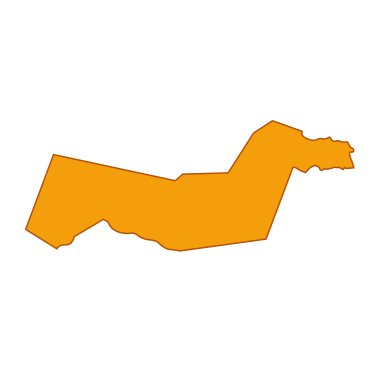 Dulce Nombre, Copán, Honduras, rotated 289°
{"feature_id": "27666195B52269528402042", "entity_name": "Dulce Nombre", "entity_type": "district", "adm_level": 2, "iso_a3": "HND", "parent_name": "Honduras", "parent_adm1": "Copán", "projection": "equal_earth", "projection_center": [-88.827, 14.864], "detail": "fine", "context": "isolated", "style": "filled", "palette": "amber", "viewbox_px": 384, "rotation_deg": 289, "n_neighbors": 0, "source": "geoboundaries", "source_scale": "gbopen_adm2", "svg_char_len": 5694}
<svg xmlns="http://www.w3.org/2000/svg" viewBox="0 0 384 384"><g transform="rotate(289 192 192)"><path d="M285.5,244.8L267.9,231.1L221.8,219.9L205.9,177.5L197.2,172.5L182.3,48.9L102.5,46.9L94.3,82.7L94.8,82.8L95.1,82.8L95.5,83.0L96.0,83.2L96.7,83.6L97.4,84.1L97.9,84.5L98.4,85.0L98.8,85.4L99.0,85.7L99.3,86.0L99.6,86.4L99.8,86.8L100.1,87.4L100.2,87.7L100.4,88.2L100.5,88.5L100.7,89.2L100.9,89.8L101.2,90.5L101.5,91.1L101.7,91.4L101.9,91.8L102.3,92.4L102.8,92.9L103.2,93.4L103.4,93.6L103.6,93.7L103.9,94.0L104.1,94.1L104.3,94.2L104.5,94.3L105.9,94.7L106.8,94.9L107.6,95.1L108.0,95.2L108.6,95.2L109.2,95.3L110.3,95.3L111.5,95.2L137.3,117.1L137.1,118.3L137.0,119.0L136.8,120.2L136.6,121.3L136.5,121.6L136.4,121.9L136.2,122.3L136.0,122.7L135.6,123.2L135.4,123.4L135.0,123.7L134.5,124.2L134.0,124.7L133.5,125.3L133.1,125.9L132.6,126.5L132.3,127.0L132.0,127.6L131.7,128.3L131.5,128.8L131.2,129.4L131.1,130.1L130.7,131.6L130.4,133.0L130.3,133.6L130.3,133.8L130.3,134.3L130.2,135.1L130.2,135.8L130.3,136.3L130.3,136.8L130.4,137.6L130.5,138.9L130.8,140.2L130.9,140.9L131.2,142.3L131.3,143.0L131.6,143.9L131.8,144.6L132.0,145.2L132.3,145.8L132.5,146.2L132.8,146.8L133.1,147.3L133.4,147.7L133.5,148.0L133.7,148.5L133.8,149.0L133.9,149.6L134.0,150.2L134.0,150.8L134.0,151.5L134.0,152.0L133.9,152.6L133.8,153.1L133.7,153.6L133.6,154.0L133.2,155.2L133.0,155.6L132.9,156.1L132.7,156.8L132.6,157.5L132.5,158.2L132.4,158.9L132.3,159.7L132.3,160.4L132.3,160.9L132.3,163.0L132.4,164.1L132.5,164.8L132.6,165.6L132.7,166.4L132.8,166.9L133.1,168.2L133.3,169.1L133.5,170.0L133.6,170.9L133.7,171.8L133.7,172.3L133.7,173.0L133.7,174.0L133.7,174.7L133.6,174.9L133.6,175.2L133.5,175.7L133.4,176.0L133.3,176.4L133.2,176.7L133.0,177.1L132.6,177.8L132.4,178.2L132.2,178.8L132.0,179.2L131.6,180.3L131.4,181.0L131.0,182.2L130.8,183.1L130.6,183.5L130.5,183.9L130.4,184.6L130.3,185.0L130.3,185.6L130.2,186.2L130.2,186.6L130.2,187.2L130.2,187.9L130.3,188.5L130.4,189.3L130.6,190.4L130.8,191.1L131.1,192.6L131.3,193.3L131.6,194.9L132.0,197.2L132.2,198.7L132.3,199.2L132.3,199.6L171.6,277.3L247.8,279.4L248.9,281.2L247.5,287.8L247.3,293.0L253.7,295.8L257.2,299.7L257.2,300.4L257.2,301.0L257.1,301.5L257.1,302.1L257.0,302.6L256.9,303.2L256.6,304.4L256.5,304.6L256.4,304.8L256.2,304.9L255.9,305.0L255.7,305.0L255.3,305.4L255.1,305.6L254.9,305.9L254.8,306.1L254.8,306.3L254.7,306.4L254.7,306.6L254.7,306.8L254.7,307.0L254.7,307.3L254.8,307.4L254.8,307.6L254.9,307.8L255.1,308.1L255.3,308.3L255.5,308.5L255.8,308.6L256.1,308.7L256.3,308.8L256.4,309.0L256.6,309.3L256.7,309.6L257.1,310.3L257.2,310.7L257.6,311.6L257.7,312.1L258.0,312.9L258.0,313.1L258.1,313.4L258.3,313.6L258.5,313.9L259.0,314.6L259.3,315.1L259.6,315.6L260.1,316.5L260.3,316.8L260.4,317.0L260.5,317.1L260.9,317.4L261.2,317.6L261.5,318.0L261.7,318.3L261.8,318.4L261.8,318.6L261.9,318.9L262.1,320.0L262.4,321.4L262.5,321.7L262.7,322.0L262.8,322.4L262.9,322.7L263.1,323.3L263.2,323.7L263.2,323.9L263.1,324.2L262.8,325.3L262.6,325.9L262.5,326.5L262.5,327.0L262.5,327.4L262.6,327.5L262.8,327.7L262.9,327.8L263.0,327.8L263.5,327.8L263.9,327.9L264.2,328.0L264.4,328.1L264.5,328.2L264.6,328.3L264.7,328.5L264.6,328.9L264.5,329.1L264.4,329.2L264.4,329.3L264.4,329.6L264.4,329.9L264.4,330.0L265.0,331.2L265.2,331.8L265.6,332.8L265.7,333.1L266.4,334.5L266.8,335.3L267.6,337.1L268.2,336.7L268.8,336.3L269.9,335.6L270.4,335.3L271.0,334.8L272.5,333.6L273.3,332.9L274.4,331.8L275.0,331.4L275.5,331.0L277.2,329.8L277.7,329.4L278.4,329.0L279.1,328.7L279.4,328.5L279.6,328.5L280.0,328.4L280.5,328.4L280.8,328.5L281.0,328.6L281.2,328.8L281.3,328.9L281.5,329.1L281.5,329.4L281.6,329.8L281.6,330.0L281.8,330.3L282.0,330.6L282.1,330.8L282.3,331.0L282.5,331.2L282.8,331.4L283.0,331.5L283.3,331.5L283.5,331.5L283.9,331.4L284.0,331.4L284.3,331.2L284.5,331.1L284.8,330.8L284.9,330.7L285.0,330.6L285.2,330.3L285.3,330.1L285.4,329.9L285.5,329.7L285.6,329.3L285.6,328.9L285.7,328.5L285.7,328.3L285.7,328.1L285.8,327.8L285.9,327.4L286.0,327.3L286.1,327.0L286.2,326.8L286.4,326.6L286.5,326.4L287.8,325.0L288.3,324.5L288.7,324.2L289.1,323.8L289.4,323.5L289.5,323.3L289.6,323.1L289.7,322.9L289.7,322.7L289.7,322.3L289.6,321.8L289.5,321.5L289.4,321.2L289.2,320.8L289.0,320.5L288.9,320.3L288.8,320.1L288.7,319.8L288.6,319.6L288.5,319.1L288.3,318.2L288.2,317.3L288.1,316.8L288.1,316.2L288.1,315.8L288.1,315.5L288.1,314.4L288.1,314.0L288.0,313.6L287.9,313.3L287.7,312.7L287.6,312.2L287.3,312.0L287.1,311.8L287.0,311.6L286.7,311.3L286.6,311.1L286.5,310.9L286.4,310.5L286.3,310.0L286.2,309.5L286.2,309.0L286.1,308.8L286.2,308.6L286.2,308.3L286.4,307.8L286.5,307.4L286.7,307.1L286.9,306.7L287.1,306.5L287.5,306.2L287.9,305.8L288.1,305.5L288.2,305.3L288.3,305.0L288.4,304.8L288.4,304.5L288.5,304.4L288.5,304.1L288.4,304.0L288.4,303.8L288.3,303.6L288.2,303.5L288.1,303.4L287.9,303.3L287.4,302.9L287.1,302.7L286.8,302.4L286.5,302.0L286.2,301.6L285.8,301.2L285.5,300.8L285.1,300.1L285.0,299.3L284.9,298.6L284.8,297.9L284.7,297.5L284.6,297.0L284.5,296.5L284.3,296.0L284.1,295.6L283.9,295.2L283.7,294.8L283.5,294.4L283.2,294.0L283.0,293.8L282.7,293.5L282.5,293.2L282.0,292.8L281.8,292.6L281.6,292.3L281.4,292.0L281.1,291.6L281.0,291.3L280.8,290.9L280.6,290.5L280.5,290.1L280.3,289.6L280.2,289.0L280.1,288.5L280.0,288.0L279.9,287.6L279.9,287.0L279.8,286.4L279.8,285.8L279.8,285.1L279.8,284.2L279.8,283.6L279.9,283.1L279.9,282.7L280.0,282.2L280.1,281.7L280.1,281.3L280.3,280.6L280.4,280.2L280.5,279.8L280.7,279.4L280.8,278.9L281.0,278.7L281.2,278.3L281.3,278.1L281.5,277.9L281.7,277.6L281.9,277.4L282.0,277.3L282.2,277.1L282.4,277.0L282.6,276.9L282.9,276.8L283.1,276.7L283.4,276.7L283.9,276.7L284.1,276.7L284.5,276.6L284.9,276.4L285.2,276.3L285.5,244.8Z" fill="#f59e0b" stroke="#b45309" stroke-width="1.5"/></g></svg>